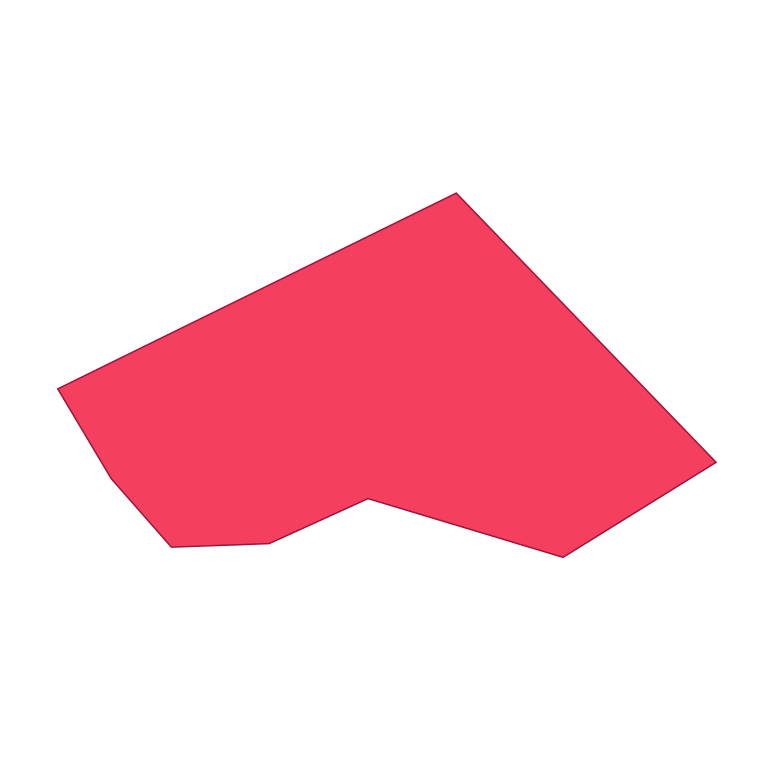 SVG path tracing the border of Mingəçevir, rotated 176°
{"feature_id": "AZE-1683", "entity_name": "Mingəçevir", "entity_type": "Municipality", "adm_level": 1, "iso_a3": "AZE", "parent_name": "Azerbaijan", "parent_adm1": "", "projection": "orthographic", "projection_center": [46.99, 40.753], "detail": "fine", "context": "isolated", "style": "filled", "palette": "rose", "viewbox_px": 768, "rotation_deg": 176, "n_neighbors": 0, "source": "natural_earth", "source_scale": "10m", "svg_char_len": 278}
<svg xmlns="http://www.w3.org/2000/svg" viewBox="0 0 768 768"><g transform="rotate(176 384 384)"><path d="M217.5,198.6L408.0,270.8L509.7,232.8L607.5,236.1L662.7,308.6L709.8,401.9L298.6,569.4L58.2,282.7L217.5,198.6Z" fill="#f43f5e" stroke="#9f1239" stroke-width="1.5"/></g></svg>